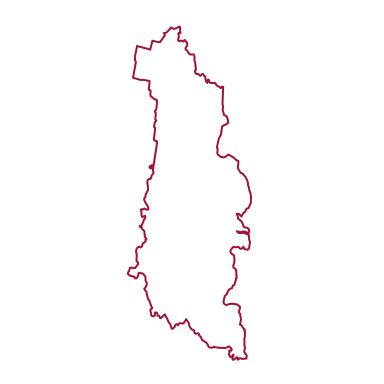 SVG path tracing the border of Kostroma, rotated 275°
{"feature_id": "RUS-2356", "entity_name": "Kostroma", "entity_type": "Region", "adm_level": 1, "iso_a3": "RUS", "parent_name": "Russia", "parent_adm1": "", "projection": "natural_earth1", "projection_center": [43.479, 58.454], "detail": "fine", "context": "isolated", "style": "outline", "palette": "rose", "viewbox_px": 384, "rotation_deg": 275, "n_neighbors": 0, "source": "natural_earth", "source_scale": "10m", "svg_char_len": 6010}
<svg xmlns="http://www.w3.org/2000/svg" viewBox="0 0 384 384"><g transform="rotate(275 192 192)"><path d="M38.6,245.3L39.8,244.5L40.9,243.2L41.3,242.3L41.2,241.7L40.2,240.4L39.4,238.5L39.2,231.7L39.6,227.6L38.5,224.6L38.6,223.4L39.0,222.5L39.8,221.7L41.9,220.6L43.3,219.2L45.3,215.2L45.7,214.7L48.3,213.6L49.8,211.6L51.7,210.9L51.8,210.3L51.1,208.4L51.6,206.9L54.2,206.1L54.5,205.8L54.9,204.2L56.0,202.7L58.4,201.0L61.0,200.3L64.0,197.9L64.6,197.2L60.6,195.1L60.1,194.3L60.3,191.9L60.1,190.8L58.1,189.6L59.0,188.4L58.8,187.8L57.6,186.7L55.9,186.4L54.0,184.5L54.2,183.6L58.8,181.7L60.1,180.2L64.3,178.0L64.9,177.3L67.4,175.7L67.5,175.3L67.3,175.1L64.1,172.5L63.6,171.7L63.6,171.3L65.6,170.2L65.8,168.7L68.3,167.8L68.7,167.1L68.8,166.0L68.4,165.5L66.3,165.8L65.2,165.4L64.8,164.4L65.2,162.6L66.2,161.9L67.7,161.8L70.1,160.8L71.9,161.5L72.7,162.5L73.0,162.5L75.0,161.2L80.2,158.9L81.2,157.8L85.9,156.0L88.7,155.3L89.7,154.1L91.3,153.0L91.8,152.9L92.7,153.9L95.0,154.8L97.2,155.0L99.8,153.4L104.0,152.9L104.9,151.6L106.3,150.7L106.9,146.6L106.5,145.9L103.0,145.3L101.7,144.6L101.1,143.9L101.0,143.2L101.4,142.6L102.6,141.8L103.1,137.8L104.6,135.5L105.2,135.2L106.4,135.4L108.4,136.4L110.9,136.7L111.1,137.0L111.4,137.7L111.1,140.6L111.5,142.0L115.7,144.8L117.2,144.3L118.1,142.9L118.4,142.7L125.2,142.4L127.3,141.5L130.0,141.6L131.3,142.1L132.3,143.0L133.0,144.4L132.2,145.6L133.1,146.7L134.5,147.2L136.2,147.3L136.8,147.8L137.7,149.1L138.9,150.1L139.3,150.2L140.2,149.8L140.7,149.8L141.3,150.6L142.6,149.7L143.5,148.7L145.1,148.8L147.0,148.2L149.0,147.9L150.6,145.7L151.3,145.2L152.8,144.8L152.5,144.0L152.9,143.1L153.6,143.2L153.9,144.1L154.7,144.8L157.7,146.0L160.3,146.5L161.1,147.3L161.7,147.5L163.0,147.7L163.7,147.6L164.0,147.4L164.1,147.0L162.9,145.1L162.8,144.8L163.2,144.3L164.6,143.7L167.8,143.3L170.1,142.7L170.4,143.1L170.4,144.9L171.3,145.9L170.6,147.9L170.4,149.0L170.7,149.6L171.6,150.1L174.1,149.0L178.2,146.0L179.5,145.3L181.3,144.9L182.7,145.9L185.7,146.1L190.0,148.0L192.3,147.9L197.6,146.6L199.5,146.8L200.6,147.2L201.1,148.1L201.4,149.4L201.8,149.8L205.2,150.5L206.3,151.3L207.9,152.0L210.5,151.1L237.6,152.9L239.3,152.8L240.2,150.0L240.9,149.4L252.1,149.8L252.7,149.5L253.4,148.7L254.4,148.5L258.2,148.9L259.1,149.7L260.1,150.1L261.1,149.2L261.6,149.1L267.0,149.1L267.7,148.9L268.4,148.2L269.1,148.1L269.6,148.2L270.5,148.9L272.3,149.3L279.3,149.3L280.8,148.7L280.9,147.2L281.7,145.7L284.2,142.3L285.2,142.0L289.3,141.9L289.6,141.7L290.1,140.2L290.5,140.0L296.9,140.2L298.9,139.9L299.5,133.7L299.1,131.1L300.5,124.1L300.8,123.3L316.6,124.8L318.7,123.7L321.9,123.3L332.6,124.6L330.3,138.0L339.2,139.4L338.4,145.6L338.7,147.2L345.5,151.2L346.1,151.2L347.9,150.4L348.1,151.6L348.7,152.7L352.0,155.5L353.9,156.5L353.9,157.1L353.2,158.8L353.0,160.1L353.7,162.0L355.5,164.5L355.6,165.0L355.5,165.4L354.6,165.9L352.8,165.9L349.5,166.6L349.3,166.2L349.7,165.4L349.4,164.9L348.7,164.6L345.7,165.4L342.7,164.9L341.9,165.0L341.3,165.6L341.1,166.2L341.9,168.2L341.2,170.3L341.4,170.6L342.6,171.2L342.8,171.5L341.9,172.3L340.2,174.1L338.5,174.5L337.3,174.3L335.8,173.4L334.8,173.1L333.9,173.1L333.3,173.4L332.2,175.2L330.6,176.2L328.9,177.8L328.8,178.3L329.2,181.1L329.1,181.6L328.7,182.1L327.2,182.7L323.5,182.9L320.3,184.1L314.6,185.2L313.9,185.1L313.1,184.4L312.1,184.4L310.3,185.5L310.0,186.4L310.2,187.4L310.1,188.0L308.5,190.1L308.8,190.6L310.5,191.9L310.4,192.7L310.1,193.1L308.8,193.9L308.1,195.1L304.4,196.0L303.0,196.7L302.3,197.6L303.3,198.0L304.8,197.8L305.3,198.1L305.4,198.5L305.3,198.8L303.6,199.5L302.5,200.2L302.3,202.1L302.6,204.9L302.5,205.8L300.3,207.2L299.3,209.6L298.1,211.5L298.3,212.0L299.4,212.5L299.6,213.1L299.4,213.9L282.7,214.7L279.4,215.5L276.1,215.4L274.4,216.3L271.7,217.0L271.4,217.4L270.8,219.5L270.0,220.2L266.2,221.7L264.2,222.1L262.1,219.9L261.5,218.3L260.8,217.3L259.5,216.2L251.9,215.9L247.2,214.0L239.3,213.0L238.1,213.1L237.3,213.8L232.3,213.9L231.6,214.4L230.9,215.6L229.5,217.4L229.5,219.1L229.1,220.5L230.0,222.2L232.1,224.6L232.4,225.3L229.9,230.6L227.5,233.6L227.1,235.2L226.8,235.5L223.2,235.7L221.0,235.4L219.0,236.1L215.3,238.8L214.6,241.3L213.3,241.9L212.0,243.7L208.8,245.7L207.0,246.6L203.2,247.4L201.7,248.3L198.5,249.0L196.1,250.3L193.0,251.1L186.2,251.6L180.8,249.6L180.3,248.3L179.8,247.6L176.9,246.6L175.7,245.1L172.3,243.6L172.1,243.3L174.1,240.9L174.3,239.2L174.2,238.5L173.9,238.5L172.2,239.6L169.4,240.3L167.5,243.3L166.7,244.1L163.6,245.9L161.9,246.5L161.4,247.6L161.1,250.1L160.5,251.2L159.6,252.0L157.3,252.5L156.4,252.0L156.4,250.8L157.1,248.5L157.1,245.9L156.9,245.3L156.1,244.3L156.4,241.9L157.1,239.7L155.6,241.4L155.3,242.3L155.2,243.7L155.8,246.5L155.7,248.3L154.8,250.0L154.8,251.7L154.1,252.3L149.6,253.1L147.6,254.0L146.4,254.1L140.9,253.7L139.5,252.5L139.3,251.8L139.8,249.2L141.2,248.5L141.7,247.7L140.5,247.2L139.7,245.8L139.9,244.7L141.3,243.2L141.2,242.1L140.7,240.2L141.0,238.2L140.4,237.4L137.4,235.6L136.6,235.4L135.2,235.7L133.7,237.1L132.8,239.0L131.7,239.6L127.3,240.3L125.3,240.3L122.7,239.6L121.0,239.6L120.5,239.8L119.3,241.8L118.1,242.7L110.3,244.0L109.7,243.2L108.4,243.5L106.1,242.8L103.2,242.3L102.9,242.1L102.4,240.9L99.7,240.2L99.1,238.8L97.7,237.1L92.8,235.2L91.2,233.7L85.3,232.9L84.0,233.4L83.1,234.2L82.4,235.6L82.7,236.9L83.9,239.6L84.2,243.8L84.0,246.1L83.6,247.2L81.9,249.7L81.2,250.0L76.7,249.1L75.8,249.5L74.6,250.7L72.7,250.9L70.6,251.7L68.7,251.9L64.1,251.3L63.6,252.8L60.6,255.1L59.6,256.5L59.1,256.8L58.2,256.2L56.7,257.2L54.4,257.1L52.9,257.3L50.5,257.0L43.7,257.6L40.7,258.6L39.3,258.0L38.1,257.9L36.7,258.3L34.5,260.4L33.7,260.7L30.9,260.7L30.1,256.8L30.7,254.2L30.5,253.8L29.5,253.1L29.0,252.3L29.1,252.1L31.0,251.7L31.3,251.3L28.9,248.5L28.4,247.7L28.5,247.4L29.0,246.9L29.7,246.7L32.5,247.6L33.2,247.6L33.4,247.1L31.4,246.1L31.0,244.5L33.9,242.8L35.7,243.5L36.5,243.0L37.2,243.0L37.6,243.5L37.5,244.9L38.6,245.3ZM212.8,147.6L213.9,147.9L214.7,148.8L215.2,149.8L215.2,150.6L214.6,150.9L212.1,149.3L211.9,148.7L212.1,148.3L212.8,147.6Z" fill="none" stroke="#9f1239" stroke-width="2"/></g></svg>